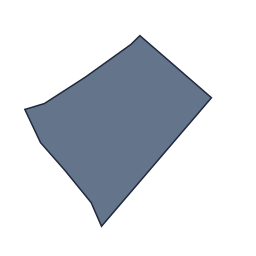 31, Ad Dawhah, Qatar, rotated 158°
{"feature_id": "91078587B64948083253590", "entity_name": "31", "entity_type": "district", "adm_level": 2, "iso_a3": "QAT", "parent_name": "Qatar", "parent_adm1": "Ad Dawhah", "projection": "natural_earth1", "projection_center": [51.473, 25.343], "detail": "fine", "context": "isolated", "style": "filled", "palette": "slate", "viewbox_px": 256, "rotation_deg": 158, "n_neighbors": 0, "source": "geoboundaries", "source_scale": "gbopen_adm2", "svg_char_len": 321}
<svg xmlns="http://www.w3.org/2000/svg" viewBox="0 0 256 256"><g transform="rotate(158 128 128)"><path d="M39.3,124.8L82.4,209.2L94.0,204.4L148.3,191.2L196.4,182.0L215.8,183.8L216.1,183.9L216.7,183.9L214.6,147.3L202.4,112.4L190.1,72.6L189.4,46.8L39.3,124.8Z" fill="#64748b" stroke="#1e293b" stroke-width="1.5"/></g></svg>